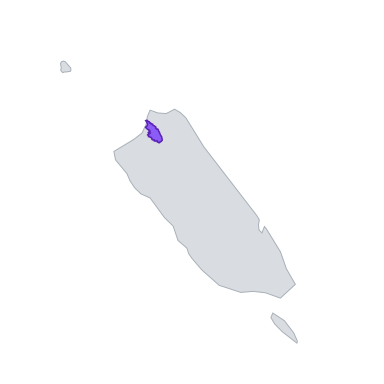 Añasco, Puerto Rico shown in context, rotated 51°
{"feature_id": "32010507B40456711023422", "entity_name": "Añasco", "entity_type": "district", "adm_level": 2, "iso_a3": "PRI", "parent_name": "Puerto Rico", "parent_adm1": "", "projection": "albers", "projection_center": [-67.133, 18.283], "detail": "fine", "context": "in_parent", "style": "filled", "palette": "violet", "viewbox_px": 384, "rotation_deg": 51, "n_neighbors": 0, "source": "geoboundaries", "source_scale": "gbopen_adm2", "svg_char_len": 2996}
<svg xmlns="http://www.w3.org/2000/svg" viewBox="0 0 384 384"><g transform="rotate(51 192 192)"><path d="M259.3,161.0L263.6,163.8L267.8,163.4L264.4,157.4L267.5,157.4L294.1,160.9L311.2,167.0L328.8,169.8L330.1,190.1L316.6,198.3L307.8,206.9L300.7,217.3L281.7,229.6L258.9,233.4L243.7,233.8L238.0,233.4L232.4,231.3L220.9,233.4L206.7,228.1L194.5,229.5L170.3,228.3L161.3,232.9L152.6,233.9L144.1,233.1L136.9,231.0L118.9,231.2L111.3,227.2L114.5,204.1L114.7,193.6L110.4,184.9L105.5,179.5L102.0,173.1L109.1,168.8L114.8,162.7L116.7,153.4L123.0,151.1L130.4,150.1L164.6,154.4L251.1,156.5L256.0,157.2L259.3,161.0ZM357.3,209.8L346.5,210.8L339.3,209.7L336.9,205.4L350.1,201.2L365.5,201.6L374.3,204.0L375.4,205.6L357.3,209.8ZM17.5,217.4L16.2,217.5L14.9,217.4L14.3,217.0L13.4,215.6L9.5,213.4L8.6,211.4L9.5,209.3L11.1,208.5L19.1,208.2L19.9,208.5L21.5,209.9L21.6,211.0L20.8,212.0L19.4,214.5L18.8,215.2L18.3,215.8L18.1,217.0L17.5,217.4Z" fill="#d9dde1" stroke="#a8b0b8" stroke-width="1"/><path d="M131.4,181.5L130.8,181.4L129.9,180.8L129.0,180.7L128.8,180.7L127.8,180.6L126.7,180.3L124.8,179.6L124.6,179.8L124.0,179.8L123.7,179.6L123.2,179.5L122.9,179.2L122.5,179.1L122.3,179.2L121.8,179.0L121.5,179.3L121.2,179.3L121.1,179.8L120.6,179.9L120.5,180.0L120.2,179.9L119.6,180.1L119.4,179.9L119.1,179.6L119.1,179.4L118.7,179.2L118.4,179.3L118.0,179.3L117.8,179.6L117.5,179.5L116.8,179.7L116.4,180.0L115.8,180.3L115.7,180.3L115.4,180.1L115.0,180.2L114.6,179.9L114.5,180.0L113.8,180.3L113.7,180.4L113.4,180.4L113.3,180.6L113.4,180.9L112.7,180.9L112.3,180.8L112.2,181.2L111.8,181.4L111.4,181.4L111.0,181.0L110.6,181.0L110.5,181.3L110.2,181.4L109.8,181.6L109.0,181.6L108.8,181.8L108.4,181.8L108.1,181.7L107.8,182.0L107.4,183.0L107.6,183.0L108.6,183.2L108.8,183.2L109.9,183.5L110.8,183.6L111.0,183.7L111.3,183.9L111.5,184.0L112.1,184.8L112.3,185.0L112.3,185.3L112.4,186.2L112.4,186.6L112.4,187.3L112.6,187.4L114.5,187.2L115.1,187.1L116.0,186.8L116.2,186.6L116.3,186.5L116.5,186.4L117.0,186.4L117.2,186.6L117.4,186.6L117.3,186.8L117.4,187.1L117.7,187.0L117.8,187.1L118.0,187.1L118.1,186.9L117.8,186.8L118.0,186.7L118.6,186.8L118.6,187.2L118.9,187.0L118.8,186.8L119.0,186.9L119.1,187.1L119.0,187.4L119.3,187.7L119.9,187.6L120.0,187.8L119.8,188.0L119.9,187.9L119.9,188.2L119.7,188.3L119.4,188.5L119.5,188.5L119.5,188.9L119.5,189.3L119.7,189.2L119.9,189.6L120.0,190.0L119.8,190.1L119.8,190.4L120.0,190.3L120.4,190.5L120.7,190.4L121.2,190.5L121.6,190.9L122.2,190.1L122.8,190.2L123.5,189.9L123.7,189.5L123.9,189.4L124.1,189.4L124.5,189.6L124.9,189.4L125.3,189.5L125.6,189.9L125.9,190.0L126.0,189.9L126.3,189.9L126.6,189.9L127.3,189.1L127.7,188.5L128.1,188.7L128.4,189.2L128.7,189.1L129.3,188.5L129.6,188.2L130.1,186.9L130.5,187.0L131.2,187.5L131.4,187.5L131.5,187.4L131.5,187.1L131.9,187.1L132.4,186.8L132.8,186.8L133.1,186.6L133.0,185.9L133.2,185.7L133.0,185.2L133.2,184.6L133.2,184.3L133.3,184.2L133.2,183.8L133.2,183.5L133.1,183.4L133.1,183.0L133.0,182.5L131.4,181.5Z" fill="#8b5cf6" stroke="#5b21b6" stroke-width="1.5"/></g></svg>